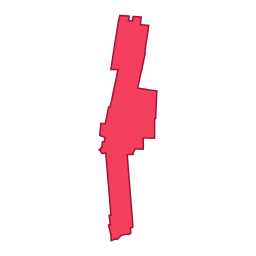 outline of Cuza Voda, Calarasi, Romania
{"feature_id": "2599482B12109110667072", "entity_name": "Cuza Voda", "entity_type": "district", "adm_level": 2, "iso_a3": "ROU", "parent_name": "Romania", "parent_adm1": "Calarasi", "projection": "robinson", "projection_center": [27.269, 44.268], "detail": "fine", "context": "isolated", "style": "filled", "palette": "rose", "viewbox_px": 256, "rotation_deg": 0, "n_neighbors": 0, "source": "geoboundaries", "source_scale": "gbopen_adm2", "svg_char_len": 4945}
<svg xmlns="http://www.w3.org/2000/svg" viewBox="0 0 256 256"><path d="M156.9,91.0L156.0,90.9L154.6,90.7L150.3,90.1L148.3,89.8L147.7,89.7L147.4,89.6L147.2,89.6L147.0,89.4L146.8,89.5L146.7,89.5L145.1,89.2L144.3,89.1L142.3,88.8L141.1,88.6L139.8,88.4L138.7,88.3L137.6,88.1L140.2,76.3L140.2,76.2L140.9,72.9L141.5,70.2L141.8,70.2L142.1,68.2L143.0,63.4L144.8,55.4L145.2,53.7L145.1,50.3L145.1,50.2L145.2,49.6L145.4,48.4L145.5,47.6L145.6,46.6L145.8,44.7L146.0,43.7L146.2,42.1L146.6,40.0L147.2,36.4L147.4,35.1L147.5,34.2L147.7,33.1L147.8,32.1L148.0,31.3L148.1,30.2L148.2,29.1L148.3,28.4L148.4,27.0L148.5,26.2L148.6,25.4L147.4,25.3L145.9,25.2L144.7,25.1L144.1,25.0L142.9,24.9L142.1,24.9L141.3,24.8L140.8,24.7L140.4,24.7L140.6,23.3L140.7,22.4L140.8,21.8L140.8,21.3L140.8,21.2L140.7,21.0L140.7,20.9L140.8,20.2L140.9,19.3L141.0,18.6L141.2,17.5L141.3,17.1L139.6,16.9L138.4,16.8L134.7,16.5L133.2,16.4L133.0,17.6L132.7,18.8L132.5,20.0L132.4,20.9L131.3,20.9L130.4,20.9L129.3,20.8L128.4,20.8L128.6,19.8L128.7,18.9L129.0,17.5L129.1,16.6L129.2,16.1L124.2,15.7L119.9,15.4L119.5,16.8L119.1,18.5L118.5,20.8L118.3,21.7L118.2,22.5L118.1,23.6L117.7,25.9L117.5,27.1L117.4,27.9L117.2,28.9L117.1,29.7L117.0,30.3L116.8,31.5L116.6,32.4L116.6,32.9L116.4,33.9L115.8,37.5L115.1,42.2L114.3,47.3L114.0,48.9L113.8,50.3L113.5,52.2L113.5,52.5L113.3,53.4L113.2,54.1L113.0,55.6L112.7,57.3L112.6,58.3L112.5,58.8L112.4,59.3L112.3,60.1L112.2,61.0L112.0,61.9L111.9,62.4L111.8,63.3L111.7,63.7L111.7,64.2L111.5,65.2L111.4,66.1L111.3,66.6L111.2,67.4L111.1,68.1L111.0,68.5L110.9,69.3L110.8,69.5L118.0,69.6L117.1,73.7L116.6,76.4L116.0,79.0L115.4,82.1L114.6,85.8L113.7,90.3L112.9,93.8L112.4,96.4L112.0,98.3L111.6,100.3L111.3,101.8L110.9,103.4L110.2,106.6L110.2,106.8L109.3,106.9L109.0,106.9L108.8,106.9L108.7,107.0L108.6,107.3L108.3,108.7L108.1,109.9L107.8,111.2L107.5,112.6L107.3,113.7L107.0,115.3L106.5,117.6L105.7,121.3L105.2,123.9L100.9,123.3L100.7,126.2L100.4,128.5L100.5,128.7L100.4,129.2L100.4,129.9L100.2,131.3L99.9,133.1L99.8,134.3L99.7,134.4L99.7,135.2L99.7,135.3L101.0,136.0L103.1,136.7L105.3,137.6L105.3,137.9L104.9,138.9L104.4,140.2L104.4,140.3L104.2,141.4L104.2,141.5L104.3,141.6L104.4,141.8L102.4,141.8L102.2,143.3L102.1,144.8L102.0,145.9L101.9,147.5L101.2,147.7L100.9,147.8L100.8,148.4L100.8,148.8L99.3,149.7L99.1,149.7L99.2,149.9L99.7,150.3L100.0,150.2L100.3,150.6L100.7,151.5L101.2,152.3L102.0,153.5L102.4,153.4L104.6,153.2L105.7,153.2L105.8,153.2L105.9,154.3L106.0,156.0L106.2,157.6L106.3,159.0L106.3,159.6L106.4,160.4L106.5,161.9L106.5,162.3L106.7,163.4L106.7,164.3L106.8,165.5L106.9,166.7L107.0,167.5L107.1,168.7L107.1,169.3L107.2,170.4L107.3,171.1L107.6,174.6L107.7,176.8L107.9,179.2L108.0,179.7L108.1,181.7L108.2,182.2L108.6,186.5L108.8,188.7L108.9,189.3L109.1,192.3L109.2,194.3L109.3,195.3L109.5,197.1L109.7,200.5L110.0,203.6L110.0,204.3L110.2,205.9L110.3,207.7L110.3,208.0L110.6,211.4L110.7,213.1L110.7,214.2L110.8,215.3L109.1,215.4L109.6,219.4L110.1,223.3L110.4,224.8L108.6,225.0L109.2,227.7L109.3,227.9L110.7,233.9L110.9,233.9L110.9,235.5L111.1,240.6L111.4,240.5L114.7,239.3L114.9,239.2L115.1,239.2L116.3,239.3L117.6,239.0L118.6,238.0L119.9,236.7L121.0,235.6L121.7,235.3L123.4,234.8L124.4,234.5L125.7,234.4L126.5,234.2L127.0,234.2L127.9,234.3L128.6,234.3L128.9,234.4L129.4,234.0L130.5,233.3L130.8,233.1L130.6,229.1L130.5,228.9L130.7,228.4L130.6,228.2L131.8,227.6L132.9,227.0L132.4,219.5L132.3,218.9L132.3,218.1L132.2,216.9L132.1,216.1L132.1,215.8L132.0,215.0L132.0,214.5L131.9,214.0L131.9,213.6L131.9,213.3L131.8,212.0L131.7,211.6L131.6,210.2L131.5,209.3L131.5,208.7L131.4,207.9L131.4,207.3L131.4,207.0L131.3,206.8L131.3,205.6L131.2,204.6L131.1,203.1L131.0,202.2L130.9,200.9L130.8,200.0L130.7,198.9L130.7,198.4L130.6,197.5L130.4,195.6L130.3,194.3L130.2,193.1L130.1,191.6L130.0,191.2L130.0,189.8L129.7,185.5L129.6,184.7L129.5,183.4L129.4,182.6L129.3,181.3L129.1,179.2L129.0,177.6L128.8,175.6L128.7,173.7L128.6,172.4L128.6,171.8L128.5,171.1L128.4,169.8L128.2,167.9L128.2,166.8L128.1,166.0L128.0,164.8L128.0,164.1L127.9,163.5L127.8,162.6L127.8,161.8L127.7,161.4L127.7,161.2L127.7,160.8L127.6,159.5L127.4,157.6L127.3,156.5L127.2,154.7L132.7,154.3L133.2,154.3L133.4,154.3L133.5,154.2L132.6,152.6L133.8,151.6L135.2,148.9L143.3,149.2L143.3,148.3L143.3,147.3L143.3,145.9L143.4,144.9L143.4,144.0L143.3,143.3L143.3,142.5L143.3,141.9L143.3,141.4L143.3,140.7L143.3,139.8L143.3,139.6L143.3,138.5L143.3,137.9L152.0,138.1L154.6,138.1L154.6,137.3L154.6,135.0L154.6,134.7L154.6,133.7L154.6,131.7L154.6,129.6L154.6,127.4L154.6,126.6L154.6,125.8L154.6,124.9L154.6,124.5L154.6,123.8L154.6,123.2L154.6,122.8L154.6,122.5L154.6,122.1L154.6,121.5L154.6,121.2L154.6,120.8L154.6,120.4L154.6,120.2L154.6,119.9L154.6,119.6L154.6,119.0L155.5,118.7L155.7,118.3L155.7,117.9L155.7,117.5L155.7,117.0L155.7,116.6L155.8,115.8L155.8,115.7L155.8,115.3L155.8,115.1L155.8,114.6L155.9,113.6L155.9,112.9L156.0,108.9L156.3,103.1L156.7,94.2L156.9,91.0Z" fill="#f43f5e" stroke="#9f1239" stroke-width="1.5"/></svg>